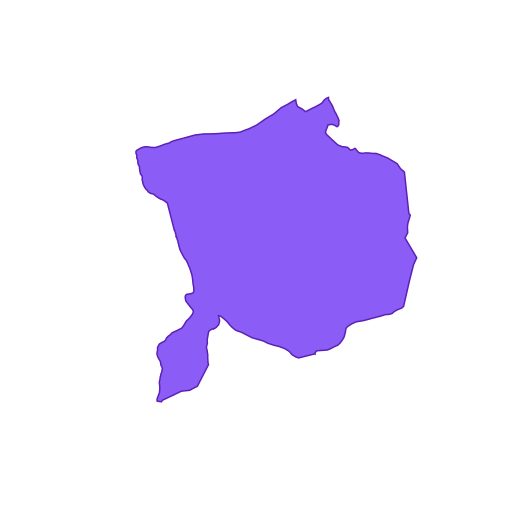 outline of Corinth, Gros Islet, Saint Lucia, rotated 117°
{"feature_id": "8701671B63390184751595", "entity_name": "Corinth", "entity_type": "district", "adm_level": 2, "iso_a3": "LCA", "parent_name": "Saint Lucia", "parent_adm1": "Gros Islet", "projection": "natural_earth1", "projection_center": [-60.96, 14.047], "detail": "fine", "context": "isolated", "style": "filled", "palette": "violet", "viewbox_px": 512, "rotation_deg": 117, "n_neighbors": 0, "source": "geoboundaries", "source_scale": "gbopen_adm2", "svg_char_len": 6109}
<svg xmlns="http://www.w3.org/2000/svg" viewBox="0 0 512 512"><g transform="rotate(117 256 256)"><path d="M184.6,112.0L172.3,131.4L166.4,131.4L162.4,133.7L161.3,134.3L158.3,135.4L157.0,135.7L155.3,136.0L154.2,136.2L152.3,136.5L149.5,137.1L148.7,139.1L113.8,161.9L113.4,163.3L113.3,163.8L112.7,166.5L112.3,167.4L111.8,168.3L110.4,170.8L109.7,172.0L109.4,175.0L109.3,177.4L109.3,177.9L108.9,183.0L109.1,185.3L109.5,190.2L109.4,190.8L109.4,191.2L109.6,192.4L109.8,193.1L110.0,195.3L110.8,197.0L111.6,198.6L113.1,202.5L113.5,203.2L113.8,204.0L114.4,205.1L114.5,205.3L116.2,207.8L116.3,208.2L116.5,208.6L116.9,209.8L117.1,211.2L117.1,211.7L116.7,212.6L116.5,213.1L116.0,214.5L115.2,215.9L115.1,216.4L115.3,216.7L115.5,217.0L115.9,217.2L117.1,218.0L118.0,219.0L118.4,219.4L118.7,219.8L118.7,220.4L118.1,222.0L118.0,222.6L117.7,223.4L117.8,224.3L118.0,224.9L118.1,225.4L119.5,228.9L119.9,233.7L119.2,236.1L118.8,237.6L118.0,240.5L117.4,242.6L115.8,247.9L115.5,248.5L115.2,249.0L114.9,249.5L114.5,250.1L113.7,250.3L112.7,250.6L110.7,250.8L107.8,251.1L107.1,251.2L106.7,251.5L106.2,250.9L105.8,250.3L105.4,249.8L104.9,249.2L104.4,248.4L104.2,247.7L104.0,246.7L103.8,246.0L103.8,245.0L103.9,244.2L104.1,243.1L104.0,242.5L103.5,242.2L102.6,241.8L101.6,241.9L100.7,242.2L99.8,242.7L99.1,243.1L98.4,243.2L97.6,243.5L96.9,244.3L96.3,244.9L95.0,246.5L93.7,248.2L93.0,249.1L92.4,250.0L91.8,251.0L91.5,251.4L91.1,251.9L90.7,252.5L90.0,253.3L89.5,253.8L89.0,254.3L88.4,255.2L87.4,256.2L86.7,257.4L84.7,260.5L84.2,261.4L84.1,262.0L81.8,263.4L82.5,264.0L83.1,264.6L84.8,265.5L86.3,266.1L88.0,266.4L89.2,266.5L90.5,267.1L91.5,267.7L93.3,268.9L94.9,270.0L97.0,271.5L99.4,273.4L101.0,274.5L102.8,275.9L104.9,277.4L104.1,281.4L103.9,286.9L101.8,289.3L98.7,291.6L99.4,292.0L102.3,294.1L106.5,296.7L112.4,300.9L121.5,304.7L129.5,309.8L139.1,314.9L145.8,320.0L148.5,322.6L150.7,324.5L152.7,326.2L155.4,330.2L160.2,338.9L166.1,348.7L171.0,358.0L175.9,365.3L190.5,381.4L191.4,382.2L192.1,382.9L193.0,383.6L194.8,384.7L196.1,386.2L197.6,387.8L198.3,388.5L199.1,389.2L201.1,391.0L202.1,391.9L203.6,393.5L204.2,394.1L204.7,394.6L205.1,395.2L205.6,395.9L206.1,397.2L206.5,398.0L207.2,399.9L207.6,401.3L207.9,401.9L208.4,403.4L208.7,404.0L209.5,405.0L210.1,405.8L210.9,406.6L212.4,407.9L213.2,408.5L214.1,409.0L214.8,409.5L215.9,410.1L216.6,410.4L217.2,410.4L217.8,410.2L218.3,409.9L219.4,409.2L219.8,408.4L220.9,407.6L221.6,407.3L222.6,406.9L222.9,406.6L223.3,406.0L224.0,405.3L224.7,404.6L226.5,403.6L227.3,403.0L227.9,402.5L228.8,401.2L229.1,400.5L230.3,399.9L230.9,399.5L232.0,398.8L233.7,397.6L234.1,397.0L235.1,396.5L236.2,394.5L236.5,393.8L236.8,393.5L237.5,393.0L239.6,392.2L240.3,391.6L241.1,390.8L241.8,390.4L242.7,389.6L243.5,388.8L244.2,388.0L245.7,385.8L246.4,384.3L246.7,383.8L246.8,382.6L247.5,381.7L247.8,381.1L247.9,380.2L248.0,379.7L248.0,378.9L248.0,378.1L247.8,377.1L247.5,376.1L247.4,375.1L247.7,373.9L247.9,373.0L248.1,372.2L248.5,369.3L248.6,367.2L248.5,366.1L248.3,364.6L248.4,363.4L248.5,362.3L248.7,361.4L248.8,360.6L249.0,359.7L249.1,359.0L270.2,340.4L270.0,340.2L273.5,336.9L274.8,336.2L275.1,336.1L274.9,335.7L276.0,334.6L276.5,334.2L276.9,333.8L277.4,333.3L278.0,332.6L278.8,332.0L279.6,331.3L280.0,331.0L280.8,330.2L281.5,329.6L282.3,329.0L283.3,328.1L284.9,326.6L285.3,326.0L285.9,325.2L286.6,324.3L287.3,323.4L288.6,321.5L289.1,320.8L289.7,319.9L290.5,318.7L291.3,316.7L291.6,316.2L292.9,314.3L297.2,309.2L299.4,307.0L302.1,304.4L305.8,301.7L309.3,299.5L312.2,297.3L315.2,295.5L316.6,295.3L317.5,295.3L318.9,296.7L320.6,299.0L321.7,300.4L322.9,300.9L324.4,300.6L326.1,299.6L328.0,298.0L331.2,291.4L332.5,288.2L334.0,286.5L336.4,286.2L340.2,286.8L342.8,287.5L345.4,288.5L347.3,288.7L351.1,288.9L353.8,289.4L355.9,290.8L358.6,292.8L360.9,294.7L362.9,296.1L364.8,296.5L367.3,297.8L369.7,298.5L372.1,298.4L373.6,298.9L375.6,300.5L377.1,301.4L378.2,302.1L380.9,302.3L382.4,302.1L384.5,301.0L386.4,300.5L388.3,299.8L390.2,298.0L391.8,295.9L393.0,293.9L394.1,292.8L396.5,291.1L397.6,289.4L398.9,288.3L400.5,287.9L402.0,287.4L403.7,287.2L405.0,287.0L405.9,286.6L407.4,286.4L409.1,285.7L411.1,285.2L412.3,284.9L414.9,283.2L417.6,281.6L421.6,280.0L427.1,279.4L428.7,279.1L430.0,278.4L430.2,278.1L428.8,274.0L427.2,274.0L410.3,261.1L405.7,254.0L403.9,252.9L398.6,249.1L374.3,249.0L373.0,250.2L369.0,252.6L366.0,254.1L363.4,256.0L362.5,256.5L360.0,258.7L355.6,259.8L353.0,261.4L344.8,263.9L343.0,263.3L340.2,261.3L340.4,260.7L339.2,259.9L337.6,259.0L335.5,258.5L334.3,258.1L331.6,258.6L330.1,259.1L328.7,260.2L326.2,262.3L325.7,259.6L325.9,259.0L326.6,255.6L327.7,251.6L329.4,247.9L330.4,244.9L330.7,243.6L331.1,241.7L331.3,240.6L331.2,238.3L330.6,234.7L330.6,232.4L330.6,228.3L330.6,222.6L329.9,218.5L328.7,212.7L328.5,211.2L328.3,210.0L328.4,208.7L328.4,206.9L328.2,204.8L327.8,202.1L327.4,199.7L326.9,197.4L326.5,196.0L326.4,195.2L326.2,194.9L325.8,191.2L325.5,189.1L325.5,187.7L325.6,186.7L325.8,183.9L326.1,182.5L326.6,181.4L327.4,179.7L327.7,178.3L327.7,177.3L327.9,174.3L327.6,173.3L327.5,171.8L316.7,159.4L316.6,158.8L315.8,159.3L315.2,159.4L312.9,158.8L312.1,157.6L311.4,156.3L310.7,155.4L310.4,154.7L308.1,150.9L307.6,150.1L306.3,148.7L307.3,149.8L304.9,147.6L303.6,146.7L300.7,144.6L298.4,142.7L298.0,142.5L295.8,141.7L295.5,141.6L295.3,141.6L293.7,141.3L293.1,141.2L292.7,141.1L292.3,141.0L290.1,140.8L289.0,140.7L286.9,141.0L283.2,141.8L282.0,142.2L281.1,142.5L280.6,142.7L279.7,142.9L279.2,142.8L278.0,142.6L276.8,142.1L273.3,140.1L269.4,137.1L267.9,135.1L267.5,134.7L267.1,134.1L266.7,133.5L266.1,132.7L265.4,131.7L264.8,131.0L263.9,129.9L263.6,129.6L263.1,129.0L262.4,128.2L261.9,127.7L261.6,127.4L260.7,126.3L259.9,125.5L259.4,124.9L259.2,124.7L258.7,124.3L258.2,123.7L257.8,123.1L257.6,122.8L257.4,122.6L256.6,121.8L256.0,121.2L255.6,120.7L255.2,120.2L254.7,119.6L254.3,119.3L254.1,118.9L253.3,117.9L252.4,117.2L252.0,116.7L251.5,116.1L249.8,114.5L249.3,113.8L248.8,112.9L248.3,112.1L247.0,110.2L245.4,108.7L244.6,108.3L244.0,108.0L242.9,107.7L240.0,105.8L239.8,105.7L236.5,102.7L234.0,101.6L228.4,103.0L208.1,108.1L192.1,111.7L184.6,112.0Z" fill="#8b5cf6" stroke="#5b21b6" stroke-width="1.5"/></g></svg>